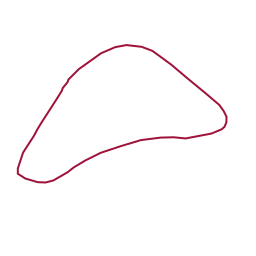 outline of Satawal, Federated States of Micronesia, rotated 19°
{"feature_id": "79324940B29452408429398", "entity_name": "Satawal", "entity_type": "district", "adm_level": 2, "iso_a3": "FSM", "parent_name": "Federated States of Micronesia", "parent_adm1": "", "projection": "robinson", "projection_center": [147.031, 7.38], "detail": "fine", "context": "isolated", "style": "outline", "palette": "rose", "viewbox_px": 256, "rotation_deg": 19, "n_neighbors": 0, "source": "geoboundaries", "source_scale": "gbopen_adm2", "svg_char_len": 641}
<svg xmlns="http://www.w3.org/2000/svg" viewBox="0 0 256 256"><g transform="rotate(19 128 128)"><path d="M110.2,160.4L127.6,147.1L144.2,135.2L162.1,126.4L174.2,121.9L185.9,119.1L208.7,106.1L216.9,98.8L218.8,95.6L219.2,90.7L217.5,85.3L213.0,80.9L206.9,76.5L189.0,69.5L168.3,61.8L148.5,54.1L125.9,47.1L114.4,46.8L99.5,50.1L89.6,55.7L78.1,66.2L69.3,78.6L62.3,88.4L55.9,101.6L55.9,104.4L53.3,111.4L53.3,114.5L51.2,123.6L44.6,150.4L42.9,158.0L41.5,166.5L37.7,181.7L36.8,185.5L37.0,202.1L38.7,207.1L47.3,209.2L60.3,208.6L67.7,206.4L74.5,201.9L85.1,189.7L89.7,182.7L98.1,172.7L110.2,160.4Z" fill="none" stroke="#9f1239" stroke-width="2"/></g></svg>